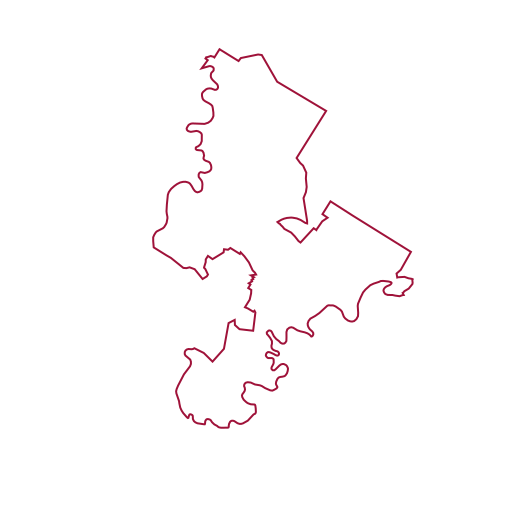 outline of Berri Barmera, South Australia, Australia, rotated 32°
{"feature_id": "25037944B16571921668942", "entity_name": "Berri Barmera", "entity_type": "district", "adm_level": 2, "iso_a3": "AUS", "parent_name": "Australia", "parent_adm1": "South Australia", "projection": "mercator", "projection_center": [140.504, -34.288], "detail": "fine", "context": "isolated", "style": "outline", "palette": "rose", "viewbox_px": 512, "rotation_deg": 32, "n_neighbors": 0, "source": "geoboundaries", "source_scale": "gbopen_adm2", "svg_char_len": 6158}
<svg xmlns="http://www.w3.org/2000/svg" viewBox="0 0 512 512"><g transform="rotate(32 256 256)"><path d="M110.5,125.6L115.8,119.7L117.0,119.0L118.6,118.7L119.7,118.8L120.6,119.2L121.6,120.8L121.7,121.6L121.1,124.3L121.2,125.1L122.1,127.1L123.0,128.2L124.3,129.1L126.3,129.8L132.2,131.0L133.7,132.1L134.6,133.4L134.7,134.8L134.2,136.0L133.1,136.9L129.3,137.7L127.6,138.6L126.1,139.9L125.3,141.2L124.2,144.8L124.1,146.2L124.3,147.2L125.4,148.9L127.3,150.8L128.8,151.5L131.0,151.7L135.2,151.4L137.9,151.5L139.5,152.0L140.9,153.4L143.8,156.9L145.7,159.8L146.1,162.1L146.0,165.3L144.8,168.3L142.4,171.2L131.8,177.3L130.7,178.3L129.8,179.7L129.4,180.8L129.4,183.3L129.6,184.6L130.5,185.6L131.9,186.0L133.3,185.8L135.0,185.2L139.2,181.5L140.8,180.9L142.6,180.7L144.7,181.0L145.8,181.9L149.1,187.3L149.7,190.4L149.3,192.2L148.8,193.6L147.6,195.4L147.6,196.2L148.2,197.2L149.3,197.5L150.4,197.1L153.6,195.5L154.8,195.3L156.7,196.2L158.8,198.4L159.3,200.1L159.9,201.3L161.2,201.9L162.8,201.9L166.1,201.2L167.5,201.4L169.7,202.8L171.1,204.4L171.9,205.9L172.0,207.3L171.6,208.9L170.4,210.7L168.6,212.7L164.6,214.2L164.0,215.4L164.1,217.1L164.9,218.5L165.7,219.4L169.8,220.9L171.3,222.0L172.6,223.6L174.6,227.3L175.0,229.0L174.7,230.3L173.7,231.9L172.5,233.1L171.0,233.4L169.7,233.3L167.6,232.5L164.1,230.6L161.6,229.6L160.0,229.5L158.4,229.9L156.7,230.5L154.8,231.8L152.7,233.9L150.9,236.9L149.6,240.1L148.6,243.5L148.4,244.5L148.2,248.1L148.8,250.8L153.1,259.5L156.4,265.5L158.0,267.5L160.1,269.7L160.9,270.9L162.6,275.2L162.8,276.9L162.8,280.1L162.3,281.9L158.8,287.8L158.5,289.2L158.5,292.0L158.9,294.6L160.9,297.8L164.7,302.9L179.7,302.9L184.8,302.7L200.7,304.6L203.4,303.2L205.7,300.8L211.0,299.7L222.9,303.8L225.1,299.3L225.1,297.2L219.9,293.9L218.2,293.5L218.0,293.2L216.6,287.9L215.2,285.5L215.2,281.4L220.8,281.7L226.6,270.1L225.3,267.2L229.0,265.5L230.0,262.8L241.2,262.8L241.0,261.0L246.3,262.4L253.4,265.2L260.8,270.0L264.0,270.7L265.9,271.7L262.0,275.1L265.5,275.1L264.7,276.5L265.9,277.1L264.9,278.9L266.1,279.6L264.3,283.0L266.4,283.1L266.4,287.3L270.0,287.3L271.7,290.4L273.8,296.4L273.8,305.3L276.8,304.8L283.2,304.7L283.7,303.2L285.4,304.2L293.2,320.9L280.8,326.8L274.7,325.7L271.8,321.5L268.3,327.4L278.0,351.7L275.1,368.6L263.1,365.9L252.6,366.9L251.9,368.2L250.8,369.2L248.1,370.6L246.9,371.9L246.3,373.6L246.5,375.2L247.5,376.9L248.9,377.8L255.1,378.7L256.8,380.1L258.0,382.0L258.5,384.5L257.6,394.5L258.6,407.1L259.2,410.8L259.9,413.0L261.3,414.7L267.6,419.8L269.2,421.7L272.1,424.7L274.8,426.5L277.6,427.8L282.9,429.4L284.1,429.5L284.4,429.1L283.9,427.5L283.6,425.8L284.0,425.1L285.2,424.7L286.4,424.7L287.1,425.1L288.9,427.7L290.8,428.9L292.7,429.2L295.0,428.9L301.2,426.2L301.7,425.9L301.7,425.4L300.5,423.0L300.4,421.9L300.6,420.7L301.3,420.0L302.0,419.6L303.4,419.2L304.5,419.2L306.9,420.3L309.9,420.9L313.1,420.7L314.8,421.0L315.7,420.8L317.3,420.2L323.1,416.5L323.5,416.0L323.4,415.3L322.8,414.3L322.1,412.6L321.9,410.2L322.2,409.3L322.9,408.4L324.0,407.8L325.1,407.5L328.9,407.6L331.0,407.1L332.3,406.3L333.6,404.9L336.3,400.0L337.9,391.6L338.8,390.3L338.9,389.7L338.6,388.4L336.6,385.5L334.8,383.3L333.9,382.7L333.3,382.8L330.2,384.5L328.5,384.9L326.7,385.2L324.7,385.0L321.7,384.4L319.2,383.0L318.0,381.7L317.7,380.5L317.9,378.2L317.9,376.6L317.4,375.0L316.2,373.6L314.9,372.7L314.3,371.6L314.1,370.1L314.6,368.7L315.9,367.4L318.6,366.1L323.2,365.5L327.8,363.6L329.8,363.2L333.7,363.2L339.1,362.4L340.2,362.0L341.3,361.4L342.4,359.7L343.6,357.4L343.7,356.1L343.4,355.6L341.2,354.4L340.4,353.5L339.7,351.8L339.3,348.8L339.6,347.1L340.6,345.8L342.4,344.3L343.9,342.7L344.3,341.4L344.4,339.0L343.8,336.7L342.9,334.7L342.0,333.8L340.2,332.8L339.0,332.6L336.8,332.9L335.8,333.5L334.7,334.6L333.9,336.5L332.7,341.6L332.1,343.2L330.8,344.0L329.6,343.8L329.1,343.6L328.5,342.9L328.2,342.0L328.0,338.8L327.6,337.2L325.8,334.4L325.1,334.0L323.6,334.1L320.6,336.0L319.7,336.2L318.4,335.9L317.5,335.5L316.9,334.9L316.5,333.6L316.5,332.4L317.1,331.1L318.0,330.6L319.3,330.2L323.1,329.7L325.0,329.7L326.7,329.3L327.3,328.8L327.6,328.2L327.6,327.4L327.2,326.5L326.5,325.9L325.5,325.5L324.3,325.6L322.9,326.1L320.7,326.4L319.5,326.3L318.1,325.7L317.4,325.0L316.6,323.8L316.0,321.9L314.6,319.7L311.3,317.9L308.2,316.8L306.7,316.4L306.2,315.9L305.6,315.0L305.9,313.6L306.2,312.6L307.0,311.9L308.2,311.6L309.4,311.9L313.7,314.6L317.2,315.7L320.7,316.0L322.8,316.6L324.7,316.4L326.2,315.4L326.8,314.0L326.8,312.0L325.0,308.9L322.1,304.3L321.4,301.7L322.3,299.1L323.7,297.7L325.6,297.1L330.4,297.1L333.4,296.4L337.8,294.9L340.6,294.3L342.9,294.3L344.7,294.7L345.3,295.0L345.9,294.8L346.3,294.0L346.2,292.3L345.4,291.0L343.8,290.2L340.4,289.6L338.4,288.7L336.8,287.5L335.6,285.9L335.0,283.3L335.3,280.3L337.9,275.6L340.0,270.7L342.8,260.5L343.5,259.5L347.5,257.1L348.8,256.8L350.5,256.6L356.1,256.9L358.3,257.6L362.6,260.9L364.8,261.7L368.2,262.0L370.5,261.5L372.2,260.7L373.7,259.2L374.6,256.3L374.4,253.0L372.8,250.1L368.7,244.4L367.8,242.4L366.7,235.6L366.1,230.2L366.6,226.5L368.4,220.2L370.4,217.1L374.0,212.8L375.1,211.1L377.1,209.7L381.9,207.4L384.2,206.7L385.1,206.9L385.4,207.5L385.3,208.5L384.8,209.8L382.9,212.5L382.2,214.1L382.0,215.3L382.0,216.6L382.5,217.9L383.6,218.8L385.0,219.5L386.0,219.7L388.4,219.2L392.3,216.8L395.1,215.8L399.1,214.0L401.1,211.4L401.9,210.8L400.0,209.6L400.2,209.3L400.5,207.2L402.8,202.7L403.5,196.9L403.0,195.7L401.3,193.5L401.2,192.7L400.3,192.8L397.1,194.1L393.0,195.0L387.7,198.8L387.2,199.4L384.5,196.4L386.1,191.0L385.2,170.4L316.4,170.5L290.2,170.2L290.2,185.3L296.4,185.6L293.8,191.5L293.3,201.7L293.4,202.0L290.2,201.9L286.6,221.0L284.1,220.8L278.6,218.8L273.4,217.5L265.7,218.0L263.1,217.1L260.2,216.5L259.5,216.1L258.0,216.2L256.2,215.8L258.4,211.7L260.0,209.5L262.1,207.3L265.4,204.8L267.0,204.0L270.7,202.5L274.8,201.8L280.3,201.8L282.1,201.3L280.7,199.1L265.6,181.7L264.5,175.4L262.4,170.6L257.2,163.8L254.5,158.7L248.0,154.4L244.2,153.7L238.5,151.4L238.6,95.8L181.6,97.0L154.4,82.5L151.0,84.0L138.3,96.1L138.2,96.7L137.9,99.9L115.5,100.0L115.5,109.7L114.0,109.6L113.2,110.0L111.7,110.3L108.9,113.7L108.5,113.8L108.5,115.3L111.3,115.5L110.5,125.6Z" fill="none" stroke="#9f1239" stroke-width="2"/></g></svg>